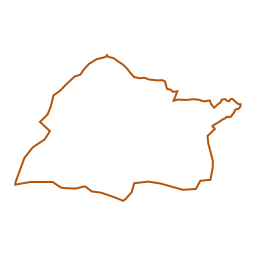 Lapithiou, Paphos, Cyprus
{"feature_id": "46923920B87887675510001", "entity_name": "Lapithiou", "entity_type": "district", "adm_level": 2, "iso_a3": "CYP", "parent_name": "Cyprus", "parent_adm1": "Paphos", "projection": "natural_earth1", "projection_center": [32.598, 34.905], "detail": "fine", "context": "isolated", "style": "outline", "palette": "amber", "viewbox_px": 256, "rotation_deg": 0, "n_neighbors": 0, "source": "geoboundaries", "source_scale": "gbopen_adm2", "svg_char_len": 1403}
<svg xmlns="http://www.w3.org/2000/svg" viewBox="0 0 256 256"><path d="M177.3,91.3L173.1,91.8L170.5,89.7L167.0,88.8L164.9,81.3L162.2,80.2L157.7,80.4L148.9,79.5L144.3,77.7L139.8,78.3L134.2,77.1L130.1,72.6L127.0,68.5L122.8,64.5L118.7,61.8L113.3,58.0L108.3,56.9L107.0,55.2L105.6,57.0L96.6,59.2L88.7,64.1L83.7,69.7L80.4,74.6L74.5,76.6L71.4,79.5L65.8,84.8L59.8,91.0L53.5,95.3L50.8,106.6L47.5,114.6L40.0,121.9L49.9,131.1L44.8,139.3L32.8,147.3L24.4,157.9L19.6,171.1L15.4,182.7L15.4,184.7L22.6,183.3L30.5,182.0L42.2,182.0L52.6,182.0L61.2,187.7L66.4,188.2L75.4,188.6L84.9,186.3L91.8,191.4L101.0,192.7L113.1,196.8L123.3,200.8L125.8,198.8L131.6,192.3L134.3,183.2L148.5,181.6L160.4,183.5L182.9,189.8L195.8,189.0L200.4,180.8L210.4,179.8L212.7,167.9L212.9,161.1L210.6,152.1L208.3,143.6L207.5,136.0L215.4,128.4L214.9,128.6L213.2,127.2L212.4,126.0L212.5,125.9L215.2,124.2L219.1,121.9L222.5,119.5L225.3,118.3L226.9,116.6L228.8,117.2L231.3,116.5L232.3,114.6L233.4,113.5L234.7,111.3L234.8,110.0L236.9,108.9L237.9,109.1L239.4,108.0L240.6,105.8L240.6,104.3L238.6,104.2L237.0,103.1L232.4,98.9L230.3,99.3L229.3,101.2L227.9,101.2L224.8,99.1L221.5,99.8L220.8,102.1L217.6,104.5L214.1,107.8L211.1,104.1L210.0,100.7L207.6,100.7L205.1,101.4L203.0,101.1L198.7,99.7L193.0,99.2L188.7,99.8L182.8,99.9L177.8,99.5L173.7,100.7L173.8,100.4L173.7,100.4L175.4,96.4L177.2,91.5L177.3,91.3Z" fill="none" stroke="#b45309" stroke-width="2"/></svg>